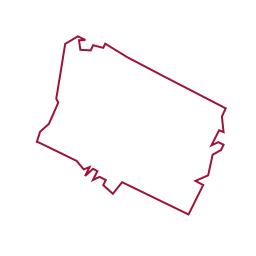 outline of Calhoun, Georgia, United States of America, rotated 206°
{"feature_id": "52423323B2673135153008", "entity_name": "Calhoun", "entity_type": "district", "adm_level": 2, "iso_a3": "USA", "parent_name": "United States of America", "parent_adm1": "Georgia", "projection": "equal_earth", "projection_center": [-84.612, 31.536], "detail": "fine", "context": "isolated", "style": "outline", "palette": "rose", "viewbox_px": 256, "rotation_deg": 206, "n_neighbors": 0, "source": "geoboundaries", "source_scale": "gbopen_adm2", "svg_char_len": 662}
<svg xmlns="http://www.w3.org/2000/svg" viewBox="0 0 256 256"><g transform="rotate(206 128 128)"><path d="M35.7,76.8L35.4,109.7L44.2,110.0L35.2,120.6L40.2,141.0L34.7,149.1L34.8,154.9L40.7,154.8L45.4,149.0L45.1,165.9L40.3,166.2L48.6,179.4L48.8,188.5L118.2,190.1L159.8,191.3L185.4,193.8L185.4,189.2L195.6,187.1L195.5,181.4L205.1,177.4L210.5,185.4L204.9,188.4L213.3,188.4L221.3,176.0L212.0,145.2L205.3,122.8L201.8,120.3L200.9,97.1L205.4,86.1L203.8,75.5L201.6,75.9L159.7,75.9L149.7,71.4L145.4,76.0L145.5,66.1L141.6,76.0L136.6,75.8L136.7,65.9L132.2,71.6L125.1,71.5L125.2,65.8L112.8,62.2L109.5,76.7L35.7,76.8Z" fill="none" stroke="#9f1239" stroke-width="2"/></g></svg>